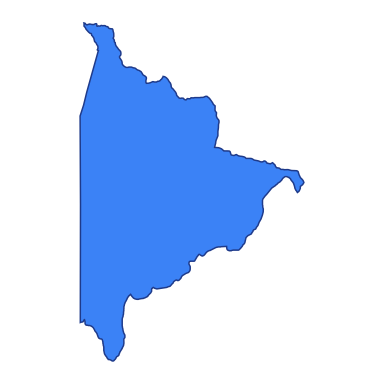 the district of Dota, San José, Costa Rica
{"feature_id": "36466004B86060640293430", "entity_name": "Dota", "entity_type": "district", "adm_level": 2, "iso_a3": "CRI", "parent_name": "Costa Rica", "parent_adm1": "San José", "projection": "robinson", "projection_center": [-83.888, 9.584], "detail": "fine", "context": "isolated", "style": "filled", "palette": "blue", "viewbox_px": 384, "rotation_deg": 0, "n_neighbors": 0, "source": "geoboundaries", "source_scale": "gbopen_adm2", "svg_char_len": 5894}
<svg xmlns="http://www.w3.org/2000/svg" viewBox="0 0 384 384"><path d="M297.4,192.5L298.9,191.4L299.7,189.9L300.3,188.3L300.3,187.0L300.4,186.4L302.8,184.5L303.1,183.8L303.8,182.8L303.9,182.4L303.0,180.4L301.4,178.5L300.7,178.0L300.3,177.4L299.0,174.6L298.1,171.6L297.4,171.0L296.3,170.7L291.4,170.5L288.0,169.6L284.5,169.7L282.9,169.4L280.9,169.4L279.4,168.2L278.6,168.0L276.5,167.7L275.4,166.1L275.1,165.1L272.6,162.7L270.3,163.8L266.9,163.1L266.7,162.5L265.9,161.7L264.9,161.0L264.0,161.0L262.8,161.8L261.2,161.9L260.2,161.7L259.2,161.2L258.0,160.8L254.2,160.1L252.8,159.2L251.7,158.6L250.2,158.4L246.1,158.4L245.1,157.4L243.9,156.8L242.0,156.4L240.2,156.2L238.4,155.8L237.3,155.2L236.6,154.6L235.8,154.7L234.0,155.5L231.7,155.1L231.1,154.8L230.9,154.3L230.2,151.9L229.8,151.4L229.1,151.0L223.9,150.9L221.6,148.9L220.3,148.3L218.6,147.7L214.6,147.4L215.0,145.6L215.7,143.0L215.7,142.1L216.1,140.3L217.9,135.8L217.9,131.4L218.4,127.9L218.5,124.5L219.0,122.5L219.0,120.8L218.5,119.7L218.0,119.2L217.2,118.2L216.6,116.9L216.3,115.7L216.5,112.7L215.4,111.2L215.0,110.2L215.1,105.9L213.4,104.4L212.5,102.6L210.0,99.1L209.3,98.2L208.0,97.2L207.3,96.6L206.9,96.3L205.4,96.4L203.7,97.2L202.6,97.4L201.0,97.4L199.8,97.6L194.8,97.6L193.4,97.9L191.0,97.8L190.4,98.5L189.9,98.8L187.3,98.6L186.3,99.7L185.9,99.9L185.2,99.8L184.1,99.3L183.8,98.7L183.2,98.2L181.5,98.1L181.1,98.3L180.4,98.3L179.2,98.1L176.7,95.4L176.3,93.6L175.6,92.2L172.9,88.8L171.7,87.8L171.3,86.9L171.1,85.9L171.1,85.1L170.4,83.1L169.2,81.7L167.9,79.4L166.4,77.8L164.7,76.7L163.1,76.4L163.0,76.9L161.6,79.1L160.6,79.9L160.1,80.6L159.4,81.0L158.6,81.3L157.7,81.3L156.5,82.0L154.4,82.0L153.3,81.7L152.6,81.7L150.4,82.7L148.7,83.2L146.4,83.3L145.9,82.2L145.9,80.5L146.4,78.5L146.3,77.3L145.2,76.2L143.2,75.0L142.6,74.3L142.4,73.7L141.0,71.6L139.0,70.4L137.6,70.0L136.5,69.3L135.6,68.4L134.6,68.0L133.6,67.9L131.4,67.1L128.8,67.1L128.1,67.4L126.1,67.4L124.3,66.4L122.6,64.7L122.2,63.8L122.1,62.5L121.8,61.1L120.8,59.4L119.8,58.0L119.5,57.1L119.5,56.7L119.7,56.2L120.5,55.5L120.9,54.3L120.9,52.9L120.6,51.5L120.1,50.9L118.4,49.1L117.7,48.0L116.2,46.1L115.8,45.3L115.4,44.2L115.2,42.6L114.4,41.9L114.3,40.3L114.0,39.5L113.2,38.4L113.3,37.7L113.7,36.9L113.8,36.2L113.7,33.1L113.3,31.9L112.8,29.5L112.4,28.9L110.6,28.7L109.4,28.5L108.6,28.0L107.8,26.7L106.5,26.5L105.9,26.3L105.2,25.7L104.6,25.6L102.4,25.7L101.8,25.5L101.0,25.5L100.1,26.1L98.2,25.9L97.7,26.2L97.1,26.2L96.8,25.9L96.8,24.2L96.3,23.7L95.3,23.8L93.8,24.5L92.0,24.5L89.7,24.0L89.3,24.3L88.3,24.3L87.3,24.8L86.6,24.8L86.0,24.5L85.2,23.4L84.6,23.1L83.9,23.0L84.1,23.7L84.0,26.1L85.3,27.6L86.1,29.3L88.6,32.1L90.2,33.4L91.1,33.5L91.4,33.8L91.7,35.4L92.4,36.0L93.8,38.1L94.6,41.5L96.1,43.0L96.7,44.4L97.8,46.0L98.0,48.1L97.6,49.2L97.3,49.7L97.4,50.1L98.4,50.5L86.8,92.0L83.6,105.1L80.1,116.0L80.5,204.7L80.3,322.5L81.0,322.2L82.4,322.0L83.1,321.7L84.1,319.9L84.5,319.7L85.0,321.6L85.1,323.8L85.8,324.9L86.6,325.2L87.4,325.2L88.3,325.5L89.5,325.5L90.9,325.9L91.4,326.3L91.7,326.3L93.2,327.6L94.6,330.0L94.7,330.5L95.2,331.3L96.2,332.4L96.8,333.4L97.0,333.6L97.3,334.8L97.7,335.5L97.9,336.4L98.7,338.0L99.8,338.7L100.9,339.0L101.5,339.0L102.2,339.5L102.9,341.9L102.9,343.2L103.2,344.0L103.2,345.0L103.6,346.2L103.8,347.5L103.8,350.4L104.5,353.8L105.6,355.7L106.6,356.9L107.4,358.4L108.2,359.2L108.3,359.5L110.0,359.7L111.1,360.2L111.5,360.6L112.6,361.0L113.2,361.0L114.1,360.5L114.3,360.0L115.0,359.5L115.8,358.5L115.8,358.2L116.7,356.7L118.0,356.0L119.0,354.9L119.1,354.0L119.8,352.6L119.8,352.2L121.9,348.9L121.9,348.6L122.3,348.2L122.3,347.9L123.5,345.6L123.9,343.2L123.8,339.3L124.2,338.4L124.8,337.7L124.9,337.2L124.9,335.6L124.7,334.7L123.8,333.2L122.9,329.9L122.9,329.2L122.5,327.7L122.4,326.7L122.2,325.8L122.2,319.5L122.4,318.0L123.0,316.5L123.2,314.9L123.5,314.1L123.5,312.4L123.6,312.2L123.6,311.2L123.8,310.9L123.8,308.9L123.9,308.7L123.9,306.4L124.2,305.9L124.5,304.1L124.8,303.6L125.1,302.5L126.0,301.0L127.2,298.6L127.2,298.3L128.6,296.2L129.0,295.7L129.5,295.5L130.3,294.5L130.6,294.3L131.9,296.3L133.5,298.1L135.0,298.9L136.9,299.3L138.4,299.3L139.2,299.0L142.2,298.5L143.1,298.5L143.8,298.1L144.6,298.0L146.1,297.2L146.9,296.9L147.0,296.7L147.3,296.6L147.8,296.0L148.0,296.0L148.3,295.3L150.7,292.9L151.6,291.3L151.6,289.3L151.7,288.7L152.2,288.4L152.3,288.1L153.2,287.4L154.7,288.3L156.9,288.9L166.8,287.4L168.0,286.8L170.0,286.3L171.4,284.8L172.0,284.0L172.9,283.3L173.6,281.8L174.1,281.3L174.6,281.0L175.3,280.4L176.4,280.0L176.8,280.0L177.3,280.5L178.4,280.5L178.9,280.3L180.8,278.4L181.5,276.8L182.4,275.6L186.0,273.4L188.4,272.5L189.0,271.9L189.6,271.1L190.0,270.4L190.2,269.0L190.2,266.9L190.1,266.3L189.1,264.4L188.9,263.6L189.1,262.1L189.6,261.5L190.5,261.2L193.9,261.2L194.6,261.0L197.1,256.7L198.2,255.4L198.4,254.9L198.9,254.4L199.6,254.4L199.7,254.6L201.6,255.8L202.5,256.0L203.7,255.5L204.5,254.8L205.7,253.3L206.3,252.4L207.9,251.2L209.2,250.6L210.0,250.5L215.7,247.6L216.6,247.3L218.5,246.9L220.6,246.9L221.1,246.7L226.6,246.4L226.7,247.8L227.0,249.2L227.3,249.7L227.9,250.2L229.3,250.7L231.3,250.7L231.8,250.4L233.3,250.1L238.5,250.1L239.0,249.9L240.8,248.1L241.3,247.4L242.2,246.4L243.1,244.7L244.0,244.0L244.8,242.8L246.0,237.6L247.8,235.7L251.2,234.0L251.6,233.6L251.8,232.8L252.9,231.5L253.1,230.5L253.4,230.2L254.0,229.7L255.5,229.1L255.8,228.8L256.4,227.4L257.9,225.5L258.4,224.3L258.5,223.7L258.8,223.2L259.0,222.5L261.0,219.0L262.4,215.1L263.2,211.9L263.3,209.0L262.8,207.3L262.7,205.4L262.5,204.9L262.5,200.2L263.0,198.8L265.0,196.1L266.7,194.3L271.7,188.1L274.3,186.3L275.4,185.6L275.7,185.1L276.7,184.5L277.5,183.7L277.6,183.4L279.4,182.2L279.7,182.1L281.7,180.1L282.5,178.7L283.0,178.2L284.7,176.8L285.1,176.6L286.4,176.6L287.1,176.7L288.7,177.5L289.1,177.5L289.2,177.8L290.4,178.7L291.0,180.0L292.9,182.3L293.5,183.3L294.4,185.9L295.0,188.5L295.9,190.3L296.3,190.7L297.4,192.5Z" fill="#3b82f6" stroke="#1e3a8a" stroke-width="1.5"/></svg>